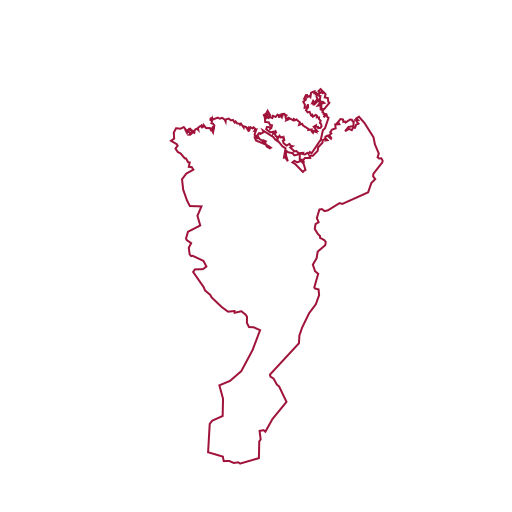 the district of Eigersund nor, Rogaland, Norway, rotated 136°
{"feature_id": "86288312B23516572714138", "entity_name": "Eigersund nor", "entity_type": "district", "adm_level": 2, "iso_a3": "NOR", "parent_name": "Norway", "parent_adm1": "Rogaland", "projection": "orthographic", "projection_center": [6.003, 58.503], "detail": "fine", "context": "isolated", "style": "outline", "palette": "rose", "viewbox_px": 512, "rotation_deg": 136, "n_neighbors": 0, "source": "geoboundaries", "source_scale": "gbopen_adm2", "svg_char_len": 6121}
<svg xmlns="http://www.w3.org/2000/svg" viewBox="0 0 512 512"><g transform="rotate(136 256 256)"><path d="M85.6,276.2L85.2,284.7L88.2,285.3L88.2,282.9L89.9,284.5L90.3,280.0L92.8,280.9L95.7,279.4L97.1,280.8L99.7,280.0L100.8,282.8L105.2,283.9L99.9,284.6L95.7,281.8L92.2,284.9L93.0,285.7L92.4,287.5L93.5,288.8L98.9,289.8L98.6,291.0L100.0,291.8L98.6,293.8L100.1,295.8L105.9,295.2L104.2,293.9L104.5,292.9L107.6,295.6L110.0,292.5L113.6,294.1L116.6,293.5L116.7,291.8L119.4,292.1L119.9,288.6L120.6,288.3L121.0,292.9L123.2,293.6L124.2,292.8L124.2,289.7L125.6,290.7L124.8,291.1L125.4,292.4L127.7,293.0L129.4,291.3L135.8,291.0L138.6,288.8L145.5,288.6L147.9,291.0L148.9,288.9L152.8,292.5L155.7,292.1L156.3,290.5L157.6,291.1L157.8,289.0L160.7,283.5L163.4,284.3L163.9,283.1L163.9,294.9L164.8,298.0L162.3,297.8L161.3,294.8L156.7,292.6L156.1,293.4L157.5,295.0L153.6,299.0L158.5,301.7L158.4,304.8L160.8,308.2L161.2,311.0L164.5,307.6L167.3,302.0L166.4,306.9L167.5,307.4L159.9,313.0L160.8,316.4L160.2,324.0L160.7,323.5L161.3,326.7L160.9,329.5L163.8,341.5L164.3,339.7L168.1,340.8L167.7,341.5L168.6,342.3L170.5,341.9L171.6,340.9L172.2,337.4L171.4,335.0L171.7,333.0L170.6,332.1L170.0,333.3L169.3,331.6L171.7,331.1L171.0,328.8L171.9,327.1L170.7,326.7L170.1,323.6L171.3,323.9L172.2,327.5L171.4,329.0L175.8,339.0L174.7,341.8L173.3,339.8L171.2,341.8L173.4,342.4L172.6,344.4L168.6,346.4L169.5,346.9L168.3,347.0L169.1,347.6L168.2,348.0L168.4,350.3L169.8,350.2L170.6,352.5L172.7,351.5L172.0,353.6L173.3,353.6L173.8,351.2L174.5,351.3L173.5,355.8L174.6,357.6L175.7,356.8L174.9,361.7L176.3,361.5L176.0,362.6L177.5,364.5L177.2,366.9L178.6,366.8L178.1,369.9L179.8,371.0L180.2,373.8L182.9,375.2L184.5,373.8L183.8,375.8L184.4,378.9L186.6,379.9L187.4,382.1L192.3,384.2L191.8,385.3L193.0,384.6L192.5,386.2L193.1,386.5L194.3,385.6L193.5,383.9L195.8,382.5L195.0,380.8L195.3,378.9L197.3,377.3L197.5,378.7L199.6,378.3L198.1,376.8L201.0,374.8L199.9,378.1L200.9,377.9L200.3,380.1L203.0,382.6L202.7,386.6L203.7,385.9L204.2,387.3L205.7,385.2L205.2,387.7L206.1,388.2L208.9,388.5L209.9,386.9L209.9,388.4L211.6,389.2L214.5,388.3L214.8,386.6L215.3,388.9L219.0,388.9L219.7,389.6L214.6,390.2L215.2,392.1L214.6,394.0L215.6,392.0L215.8,393.9L217.1,393.9L218.2,391.5L218.9,393.5L220.1,392.6L219.4,395.1L218.8,394.6L218.4,398.9L221.9,400.0L224.7,403.4L229.4,401.9L233.3,397.3L237.1,397.9L235.3,391.3L235.7,389.8L239.3,389.2L240.0,385.2L239.0,382.1L239.4,375.7L238.6,374.8L239.7,370.6L238.7,369.3L242.4,366.8L240.5,364.6L241.1,361.6L248.9,363.7L255.9,362.6L262.3,354.3L267.0,344.0L268.9,337.9L260.8,329.6L270.2,325.6L274.9,316.7L288.1,320.7L294.3,317.1L294.8,315.5L293.7,310.3L298.7,308.6L302.6,303.2L302.7,301.0L301.4,300.1L297.2,289.0L299.0,282.9L303.3,283.4L309.3,288.8L312.3,288.2L315.3,269.8L316.6,266.6L315.9,259.9L316.7,256.9L316.1,243.0L314.8,235.4L309.7,231.3L310.8,230.0L304.9,226.4L304.2,220.7L304.7,218.5L309.0,214.2L310.4,209.7L307.2,206.4L304.6,199.8L323.9,190.7L346.6,183.4L361.4,184.2L372.2,188.4L378.9,176.2L391.1,164.1L402.1,168.0L406.0,167.3L426.8,148.1L419.2,134.7L421.7,130.9L417.7,127.2L415.7,122.5L412.1,119.9L411.6,117.7L394.3,108.6L382.4,120.4L380.1,120.8L374.9,127.7L371.5,125.4L371.3,123.1L357.4,127.3L335.4,129.9L330.0,146.1L330.3,149.1L328.5,155.6L329.4,159.1L328.4,161.0L285.7,163.4L280.1,168.6L272.5,172.5L257.4,178.0L246.6,179.7L237.8,184.0L234.2,188.5L236.2,191.8L235.9,192.9L223.6,200.0L224.1,204.0L221.1,210.3L213.9,212.3L208.6,216.3L198.7,215.7L196.1,217.6L195.8,219.8L197.3,224.6L196.1,225.9L196.2,228.9L194.9,234.7L191.0,237.6L187.5,236.8L185.9,241.0L178.1,245.4L176.0,243.9L175.5,240.7L172.6,238.9L159.2,236.0L157.7,233.5L131.1,223.9L122.3,228.4L116.8,228.5L116.4,232.0L114.4,233.6L100.1,235.6L98.7,236.6L98.0,239.2L99.7,240.6L99.9,242.6L96.5,244.4L92.9,253.7L89.0,259.8L85.6,276.2ZM144.7,291.3L128.5,294.7L120.5,300.0L117.8,299.9L107.8,305.0L108.1,306.6L107.1,308.6L110.9,308.8L107.6,310.0L108.7,311.3L107.9,312.1L108.2,313.2L109.0,313.2L106.5,314.2L107.7,316.5L104.9,319.6L107.1,321.2L104.0,321.6L102.6,324.7L108.8,324.4L109.5,325.2L108.2,326.4L109.3,327.0L107.1,327.9L107.4,325.7L102.9,326.2L101.5,329.0L99.9,329.3L99.5,330.9L100.3,331.1L99.5,331.8L100.9,332.6L99.5,333.8L102.9,335.2L106.5,332.5L106.5,334.1L108.8,334.6L107.5,336.3L108.3,337.1L112.1,335.7L111.0,334.5L111.6,333.8L114.9,334.1L115.7,330.9L118.1,328.8L116.1,327.8L113.2,329.0L115.3,326.7L118.8,326.2L119.1,323.5L117.3,322.5L118.4,319.6L117.9,318.9L119.5,318.4L117.5,318.4L118.3,316.7L115.0,316.0L114.7,314.6L116.0,313.5L114.4,311.9L115.5,310.9L115.6,308.3L117.6,307.4L117.5,305.6L118.9,303.7L120.7,303.4L122.4,304.8L121.7,305.8L123.2,307.5L122.2,308.3L124.7,308.9L125.2,303.5L126.4,304.8L126.7,303.5L128.0,306.0L129.4,305.1L129.4,307.1L128.0,308.3L130.8,310.3L130.0,310.8L131.5,317.2L131.0,319.0L133.9,320.4L131.6,321.5L132.1,326.2L133.3,326.4L133.7,328.2L134.8,327.4L136.7,333.0L137.9,332.9L136.8,332.2L137.5,331.6L139.8,332.5L138.1,333.1L139.1,333.7L138.2,335.6L136.4,336.0L137.5,338.1L136.9,338.6L138.3,339.8L141.2,337.8L141.2,340.0L139.9,339.0L139.8,340.5L141.7,341.1L143.5,339.4L142.0,341.3L142.3,342.7L145.3,342.4L146.5,345.1L148.4,343.9L149.5,346.2L152.1,346.7L148.1,347.2L146.8,352.4L149.7,351.4L149.2,349.3L150.4,349.2L150.8,351.6L152.4,352.0L152.9,350.9L151.0,348.3L153.0,348.0L153.9,348.2L152.3,348.4L153.3,349.7L156.3,346.0L154.0,343.3L154.8,340.5L153.7,338.9L156.2,337.4L157.5,337.6L156.4,338.8L158.5,341.2L160.6,340.1L159.8,335.0L157.1,333.3L158.7,332.1L155.3,332.2L155.8,330.9L157.4,331.3L158.5,328.4L158.0,327.2L159.5,325.1L155.6,326.2L155.8,324.0L154.4,323.4L154.5,321.4L154.0,321.6L155.1,319.7L156.6,320.3L157.8,317.9L157.3,314.2L154.1,313.4L154.5,311.0L153.5,309.6L156.0,310.2L155.6,305.2L156.2,304.9L154.0,303.4L153.9,300.3L150.6,297.6L151.8,297.3L150.3,295.1L147.3,294.4L147.3,293.0L145.0,293.4L144.7,291.3ZM105.0,314.3L96.8,315.2L96.9,316.7L94.6,319.7L96.4,322.3L93.6,324.0L93.5,326.2L95.7,327.2L94.7,327.1L95.0,328.5L93.6,327.9L93.6,331.2L96.5,331.2L96.7,328.7L98.1,329.3L99.4,327.0L98.6,326.3L102.5,323.2L102.0,322.7L102.9,321.5L100.8,320.5L100.6,318.7L103.2,320.2L106.8,316.4L105.0,314.3Z" fill="none" stroke="#9f1239" stroke-width="2"/></g></svg>